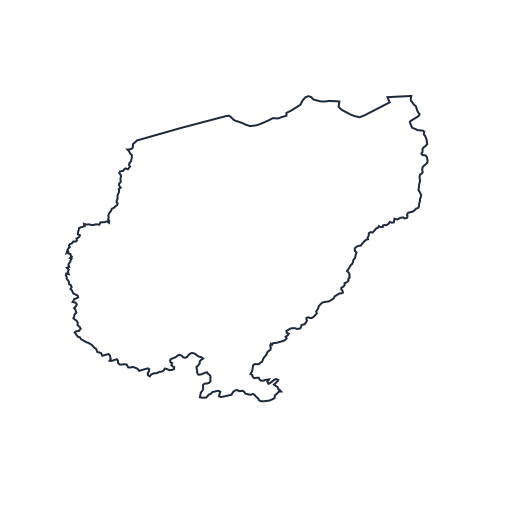 Terenos, Mato Grosso do Sul, Brazil, rotated 255°
{"feature_id": "56859067B74665088865993", "entity_name": "Terenos", "entity_type": "district", "adm_level": 2, "iso_a3": "BRA", "parent_name": "Brazil", "parent_adm1": "Mato Grosso do Sul", "projection": "equal_earth", "projection_center": [-55.092, -20.464], "detail": "fine", "context": "isolated", "style": "outline", "palette": "slate", "viewbox_px": 512, "rotation_deg": 255, "n_neighbors": 0, "source": "geoboundaries", "source_scale": "gbopen_adm2", "svg_char_len": 6069}
<svg xmlns="http://www.w3.org/2000/svg" viewBox="0 0 512 512"><g transform="rotate(255 256 256)"><path d="M180.7,108.4L178.4,111.7L177.0,112.8L175.3,113.4L175.5,120.3L175.4,122.6L174.2,123.6L172.3,122.8L171.0,121.1L168.8,120.9L167.2,122.3L168.7,124.1L169.1,127.0L168.5,129.8L169.0,132.5L168.7,135.8L169.7,137.6L170.9,139.0L169.6,141.0L168.1,142.8L167.7,145.3L167.9,147.5L169.8,148.2L171.0,146.9L172.4,146.0L174.2,147.3L175.6,145.9L177.5,146.0L178.5,147.2L179.0,152.0L180.0,154.3L180.4,156.7L178.7,158.6L177.0,159.4L176.0,161.4L176.4,163.5L177.6,164.9L178.6,166.5L178.9,169.1L177.6,171.5L173.8,174.5L172.4,177.0L170.6,178.4L169.7,175.7L168.8,174.4L166.9,173.8L165.4,172.0L164.3,169.8L162.7,169.5L161.0,169.5L159.3,169.0L157.7,169.1L156.2,169.7L155.8,172.7L156.4,175.7L156.3,178.7L154.5,179.2L153.2,180.4L151.7,180.9L146.6,179.5L145.6,177.8L145.5,175.8L146.0,173.3L145.1,171.4L142.0,170.8L139.9,169.6L138.3,167.3L134.1,165.3L133.1,167.1L132.1,171.3L134.3,174.5L134.6,176.7L135.9,178.8L135.6,184.5L134.2,186.4L131.4,184.6L130.1,184.0L128.9,185.5L128.6,188.2L128.3,196.3L130.4,198.5L131.4,200.2L131.5,203.0L129.9,204.6L129.4,206.5L129.3,208.3L127.7,209.5L125.9,210.1L124.6,212.3L123.3,215.0L123.5,217.3L122.4,218.6L120.9,219.2L117.6,221.3L115.7,221.7L114.6,223.1L113.8,225.2L112.9,231.1L113.3,234.4L113.9,237.1L116.6,238.2L117.4,240.4L119.1,242.9L118.6,245.2L120.0,244.5L121.5,243.2L123.8,242.9L127.1,240.0L129.5,244.4L130.5,245.4L132.0,243.5L131.6,241.3L130.0,237.8L129.3,234.9L131.7,234.4L133.4,236.6L133.9,233.4L133.7,230.4L134.4,228.5L135.9,227.4L137.7,227.1L138.2,225.1L138.4,222.7L140.3,221.5L141.9,221.6L143.4,220.1L145.0,221.8L146.8,223.0L151.3,225.0L151.9,226.7L151.3,228.6L150.9,230.8L151.8,232.7L152.3,234.5L155.6,237.0L157.7,240.2L160.3,242.3L161.8,245.8L163.8,246.6L165.5,246.4L167.4,247.7L166.1,248.5L167.4,250.1L166.9,252.5L166.8,255.9L167.0,261.7L168.4,264.2L170.3,263.7L171.0,265.8L172.4,267.6L173.9,265.8L175.7,265.9L177.1,271.0L176.3,274.7L174.8,277.0L174.6,280.0L175.9,281.2L177.6,282.1L177.5,285.3L179.2,287.4L180.4,288.5L181.7,288.3L183.2,288.7L183.3,290.6L182.2,291.9L181.7,293.7L182.2,295.7L184.8,299.9L186.9,299.9L189.3,302.5L191.1,303.5L192.6,305.7L193.8,307.9L193.8,311.0L193.3,314.1L193.9,317.1L195.1,320.4L196.6,321.4L198.2,326.9L197.8,328.7L198.1,330.5L200.3,330.5L201.5,329.7L203.3,330.3L203.8,332.5L204.9,334.1L206.8,334.5L207.2,336.9L208.2,339.0L209.9,339.2L210.9,340.9L212.3,341.0L213.6,341.6L215.1,341.4L216.5,340.9L217.9,340.0L220.7,343.3L222.7,345.2L223.5,346.9L225.1,348.1L227.0,349.1L228.4,351.1L231.5,352.7L233.5,354.0L235.5,352.7L237.8,353.5L238.9,355.4L239.2,357.7L238.9,359.9L240.7,362.1L242.3,364.7L243.2,366.7L243.2,368.5L244.8,368.6L246.8,370.3L248.8,370.9L249.4,372.8L248.5,374.7L250.5,378.0L251.5,379.1L251.7,381.0L253.1,382.3L251.6,384.0L251.3,386.0L252.7,386.6L252.6,388.3L252.0,389.9L252.8,392.4L254.3,394.0L253.0,395.8L252.8,397.8L256.2,399.4L254.7,402.2L255.5,405.2L255.2,408.2L253.7,409.5L253.9,411.9L255.3,412.7L256.7,412.5L258.4,414.0L258.3,418.8L259.0,420.8L260.3,422.9L260.4,424.7L261.4,426.0L264.3,427.1L266.6,428.6L268.3,429.0L269.9,430.2L271.9,431.3L275.2,430.8L277.7,430.0L280.7,431.4L282.8,432.0L286.3,434.0L290.0,434.4L292.1,435.5L292.9,437.7L294.0,438.8L295.4,438.7L297.0,439.1L298.7,439.9L299.6,441.3L300.5,443.4L301.8,445.6L303.2,446.3L307.4,446.7L308.9,446.0L309.8,444.7L310.3,443.0L312.0,442.2L313.1,443.6L316.3,444.6L317.6,446.1L318.3,448.3L319.7,450.3L324.4,450.9L328.5,450.4L329.9,449.6L331.3,450.0L332.5,450.7L333.9,449.6L335.8,444.5L337.3,443.1L338.4,441.3L339.6,440.0L343.4,439.3L345.9,439.4L346.9,441.9L348.7,448.1L349.5,449.9L350.8,450.7L352.8,449.8L354.7,449.4L359.4,449.2L360.9,448.0L362.9,447.1L364.5,446.6L365.7,445.9L367.8,446.1L370.4,447.4L375.4,424.1L369.8,424.8L363.9,397.8L363.2,392.0L365.5,387.7L367.6,384.6L373.5,378.2L375.4,376.3L378.7,374.4L383.6,376.5L384.6,373.9L386.9,366.6L387.6,361.5L388.8,358.1L392.0,352.3L393.8,351.1L395.2,350.5L396.8,348.0L396.6,344.9L394.3,341.4L390.6,338.0L387.4,327.8L386.3,322.4L383.6,321.7L383.5,316.3L383.1,313.1L384.8,307.9L383.8,303.6L382.5,295.2L382.1,290.2L383.0,283.9L385.9,279.5L388.0,277.2L391.7,271.6L393.1,269.8L396.8,267.7L398.5,266.2L398.9,263.4L399.1,217.2L398.4,170.9L397.0,168.5L395.9,166.1L393.7,165.5L392.0,164.5L391.6,161.9L392.1,159.4L390.2,160.4L387.3,161.1L385.9,162.2L384.3,161.9L380.7,160.3L379.1,158.9L378.1,157.4L376.5,157.0L375.1,157.5L372.9,154.7L374.4,152.6L373.8,151.0L372.6,149.8L372.9,146.6L371.5,145.3L369.8,146.1L368.1,146.5L366.5,145.3L362.3,144.4L361.5,142.7L360.3,142.1L358.6,142.2L357.0,142.9L356.1,140.7L354.6,140.7L352.8,139.9L351.0,138.4L348.7,137.4L347.0,137.1L345.6,135.7L343.8,135.3L342.5,136.0L341.0,134.9L340.4,133.1L339.4,131.4L338.9,129.0L337.0,127.5L335.3,125.2L333.0,123.7L331.3,123.7L329.7,122.7L327.8,123.3L326.1,122.6L328.0,121.2L327.9,118.6L328.7,114.3L326.8,112.8L328.1,109.5L327.9,107.4L328.4,105.2L329.7,103.1L330.4,99.9L331.5,98.2L329.2,98.2L328.9,92.5L324.4,89.9L323.0,89.6L321.7,91.3L320.2,90.3L319.2,87.1L317.4,87.2L316.6,85.6L317.3,83.3L315.9,81.5L315.6,79.2L314.5,78.0L312.8,78.5L311.9,76.6L310.0,75.1L308.0,73.9L308.6,75.7L307.0,75.4L306.1,77.2L304.2,77.2L303.0,77.9L302.1,75.9L301.2,77.2L300.0,75.9L298.4,75.0L296.6,72.8L295.3,72.5L293.8,72.8L293.6,70.2L291.2,71.6L289.4,70.2L286.9,70.4L288.2,68.2L286.6,67.3L285.1,67.7L283.6,67.4L282.2,67.5L281.0,68.2L279.0,68.6L277.1,68.2L275.8,69.6L273.8,69.9L272.0,68.2L270.5,69.3L267.2,69.8L263.9,73.5L262.0,73.5L261.6,71.4L261.4,69.1L260.1,68.2L259.0,67.0L257.6,69.7L255.7,70.4L254.1,69.2L252.8,66.8L251.2,67.6L247.7,67.8L246.4,65.4L244.6,64.8L243.2,63.5L241.7,64.3L240.7,65.4L239.4,66.0L237.6,66.6L235.5,65.7L233.0,67.3L231.2,67.9L229.5,65.5L229.8,62.9L229.2,61.1L225.4,62.5L223.9,63.2L223.1,64.8L221.2,65.4L219.7,66.7L216.5,70.0L215.3,71.8L212.6,74.4L209.3,76.0L207.9,77.4L204.3,78.0L203.2,79.9L202.1,81.3L199.4,81.7L199.5,88.2L197.8,89.1L194.1,89.0L192.8,87.4L192.0,88.9L192.3,94.9L190.6,95.6L188.5,95.1L186.5,96.2L185.8,98.4L185.6,100.8L184.6,103.0L181.5,103.7L180.8,105.9L180.7,108.4Z" fill="none" stroke="#1e293b" stroke-width="2"/></g></svg>